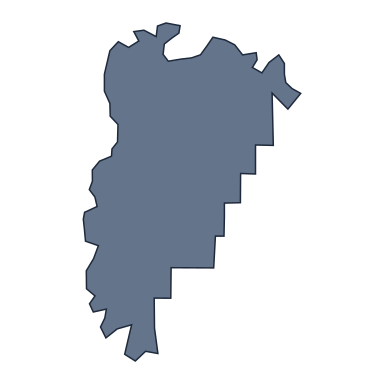 Vanini, Rio Grande do Sul, Brazil, rotated 270°
{"feature_id": "56859067B33860368995203", "entity_name": "Vanini", "entity_type": "district", "adm_level": 2, "iso_a3": "BRA", "parent_name": "Brazil", "parent_adm1": "Rio Grande do Sul", "projection": "albers", "projection_center": [-51.831, -28.498], "detail": "fine", "context": "isolated", "style": "filled", "palette": "slate", "viewbox_px": 384, "rotation_deg": 270, "n_neighbors": 0, "source": "geoboundaries", "source_scale": "gbopen_adm2", "svg_char_len": 1168}
<svg xmlns="http://www.w3.org/2000/svg" viewBox="0 0 384 384"><g transform="rotate(270 192 192)"><path d="M30.5,157.9L55.9,154.5L85.9,154.2L85.8,170.8L116.3,171.1L116.1,213.7L147.9,215.4L147.9,224.0L167.7,224.4L180.9,224.4L181.3,240.4L210.5,240.6L210.0,255.5L239.0,255.5L238.6,273.3L290.9,272.1L274.9,287.9L290.6,300.7L295.4,292.1L301.4,285.8L309.7,284.4L320.5,284.4L329.1,278.8L321.5,269.0L311.1,261.9L316.5,252.4L324.2,257.1L331.3,256.2L329.1,242.6L339.2,234.7L344.0,225.2L346.8,212.9L338.0,206.9L329.2,200.5L326.1,191.5L324.9,180.9L322.8,168.3L329.6,163.1L340.0,164.3L346.1,172.1L350.9,178.9L358.3,180.1L361.0,166.0L358.0,157.5L347.4,156.2L353.8,143.9L352.4,133.8L343.0,138.8L336.6,128.6L342.3,118.3L333.3,109.9L309.8,104.4L292.9,104.4L280.5,109.9L267.8,110.2L259.5,118.0L242.0,117.5L235.1,112.0L227.8,111.5L222.9,99.6L214.0,92.3L202.7,92.4L194.4,89.3L187.0,94.9L177.5,97.1L171.7,84.6L164.8,83.3L155.8,84.3L142.8,85.5L138.3,98.4L125.4,93.6L113.2,86.3L95.2,86.5L88.1,95.0L80.2,89.5L72.0,93.3L74.9,106.4L65.9,104.8L57.0,100.5L46.1,105.9L55.1,117.2L59.2,131.6L29.7,124.7L23.0,135.3L32.7,145.6L30.5,157.9Z" fill="#64748b" stroke="#1e293b" stroke-width="1.5"/></g></svg>